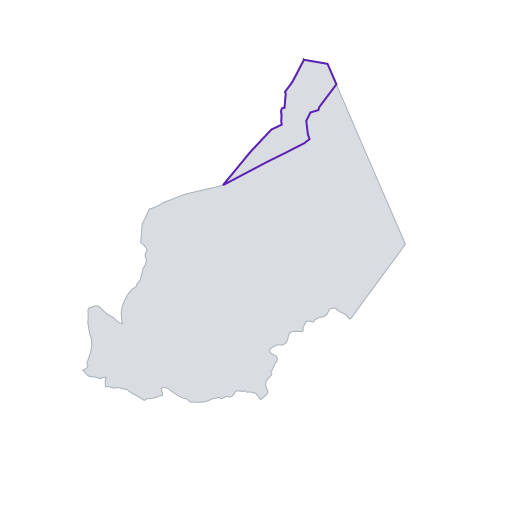 Tibesti Ouest, Tibesti, Chad (highlighted), rotated 37°
{"feature_id": "50815135B44379234996248", "entity_name": "Tibesti Ouest", "entity_type": "district", "adm_level": 2, "iso_a3": "TCD", "parent_name": "Chad", "parent_adm1": "Tibesti", "projection": "robinson", "projection_center": [15.609, 20.194], "detail": "fine", "context": "in_parent", "style": "outline", "palette": "violet", "viewbox_px": 512, "rotation_deg": 37, "n_neighbors": 0, "source": "geoboundaries", "source_scale": "gbopen_adm2", "svg_char_len": 6569}
<svg xmlns="http://www.w3.org/2000/svg" viewBox="0 0 512 512"><g transform="rotate(37 256 256)"><path d="M368.2,156.6L368.4,167.6L368.5,178.6L368.6,189.5L368.8,200.5L368.9,211.5L369.0,222.5L369.2,233.5L369.3,244.5L369.4,248.1L369.1,249.6L369.0,249.8L368.6,250.0L363.4,249.0L361.2,249.0L358.1,249.8L353.5,250.2L350.5,250.0L348.4,251.9L346.8,254.2L347.7,259.7L347.5,261.5L346.9,263.3L345.5,265.0L344.1,266.2L343.3,267.4L342.3,269.8L341.5,271.0L341.6,272.5L341.4,274.2L340.5,275.0L338.4,275.6L337.0,276.4L335.9,277.6L335.2,278.4L335.6,279.5L336.1,281.1L336.4,283.5L336.7,285.0L337.7,286.1L338.4,287.0L338.6,288.0L338.0,288.8L335.4,290.6L334.3,291.3L333.1,292.2L332.7,292.5L330.8,294.2L329.8,295.7L329.3,296.9L329.4,298.6L330.4,301.2L331.4,303.3L331.9,305.0L332.1,306.8L332.0,308.5L331.5,310.0L330.5,311.3L326.9,313.8L325.2,316.6L323.8,319.9L323.4,321.8L323.8,323.0L324.6,324.0L325.7,324.5L327.2,324.7L329.8,324.1L332.2,323.7L334.8,325.0L336.2,327.8L335.7,329.8L336.7,333.5L337.6,338.0L337.5,339.6L337.9,340.1L339.5,340.4L339.9,341.5L339.4,349.4L340.2,351.6L341.2,353.1L342.5,354.0L343.7,355.0L344.3,355.8L345.8,355.9L347.4,357.4L347.8,359.3L347.7,361.1L346.8,365.1L346.1,367.8L345.2,367.6L343.3,367.0L341.0,366.4L338.1,365.9L335.5,367.0L332.6,368.5L331.7,369.5L330.9,370.1L329.6,370.0L328.4,370.2L327.8,371.2L326.7,372.3L322.6,374.6L321.7,375.5L321.2,376.3L321.2,377.2L321.6,379.1L321.6,381.5L320.7,383.3L319.6,384.6L318.4,385.1L317.4,385.4L316.7,386.2L314.5,390.4L313.6,391.2L311.7,391.1L306.2,397.5L305.6,399.4L303.6,402.1L301.1,405.1L298.8,406.6L298.6,407.1L298.0,407.7L296.6,408.3L291.8,412.0L285.9,411.8L283.4,413.3L280.8,413.9L277.2,414.6L276.1,414.5L271.4,414.8L265.8,414.7L263.7,415.2L261.7,416.6L260.3,417.8L260.1,418.2L260.3,418.7L260.2,419.1L264.1,422.1L265.1,423.6L264.1,425.0L263.6,425.2L263.6,425.3L262.9,426.4L260.7,429.8L257.3,433.7L255.5,434.9L254.8,435.6L253.9,438.2L253.3,438.6L250.9,438.9L246.2,439.2L239.8,440.1L235.9,440.4L233.5,440.1L230.1,442.0L228.8,442.4L228.1,442.6L224.7,444.3L221.9,447.1L220.9,447.6L217.0,448.8L215.4,450.6L214.7,450.8L212.2,448.3L210.5,446.1L209.6,443.8L209.5,443.0L209.0,443.2L207.7,444.2L206.5,445.3L205.9,447.5L201.8,449.0L198.4,450.3L196.8,451.9L194.3,452.7L191.2,452.3L188.8,451.7L186.4,451.5L187.6,449.5L188.0,448.0L188.1,446.2L187.9,445.0L186.5,444.3L185.6,443.4L183.6,437.7L181.5,431.8L178.5,426.0L175.3,422.3L173.0,420.1L172.2,419.8L171.1,419.1L170.2,418.4L166.0,414.5L161.5,410.1L160.4,408.1L158.2,405.1L155.7,402.0L154.5,400.6L153.9,398.1L155.6,395.8L157.4,392.9L159.6,391.0L162.5,390.8L167.3,391.6L172.5,391.9L177.6,391.3L178.9,390.9L180.2,390.9L183.0,391.6L187.7,391.5L190.2,390.3L187.5,388.3L184.7,385.1L182.0,381.7L180.4,378.5L178.9,374.5L177.5,369.5L176.7,363.1L176.8,359.4L177.2,356.8L178.7,352.5L177.7,350.0L177.9,348.0L177.8,345.0L177.3,343.5L175.5,338.6L175.1,338.0L173.5,334.6L172.8,328.9L170.9,325.1L167.9,323.2L166.2,321.0L165.6,317.1L164.4,316.1L159.8,314.7L155.9,314.7L153.0,310.2L149.4,304.5L146.0,299.2L143.9,288.7L142.6,282.6L144.1,280.7L146.8,276.4L150.4,268.2L158.4,255.4L162.5,248.9L170.7,239.1L180.7,227.1L186.3,220.3L187.2,208.0L188.2,195.0L188.9,185.1L189.8,173.5L190.6,163.7L191.1,156.6L191.9,146.6L192.6,144.6L196.5,136.7L196.8,135.7L196.1,134.3L190.5,127.6L188.7,126.1L187.7,122.6L189.2,120.7L182.5,109.4L180.8,108.1L180.1,106.7L180.0,104.6L179.9,96.9L178.1,84.6L175.8,70.4L183.7,66.3L189.6,63.3L197.2,59.3L204.2,63.4L214.4,69.2L224.6,75.0L234.8,80.8L245.0,86.7L255.2,92.5L265.5,98.3L275.7,104.2L285.9,110.0L296.2,115.8L306.5,121.6L316.7,127.5L327.0,133.3L337.3,139.1L347.6,144.9L357.9,150.8L368.2,156.6Z" fill="#d9dde1" stroke="#a8b0b8" stroke-width="1"/><path d="M216.9,70.5L197.5,59.5L176.3,70.4L176.2,70.4L176.3,70.5L176.4,71.2L176.4,71.3L176.5,72.1L176.7,73.3L176.8,73.7L176.9,74.1L177.0,75.2L177.2,76.3L177.3,77.0L177.7,79.4L178.0,80.9L178.3,82.5L178.7,85.0L178.8,85.5L178.9,85.8L178.9,86.1L179.2,87.8L179.3,88.6L179.3,88.8L179.4,89.1L179.4,89.7L179.8,91.6L180.0,93.4L180.1,93.5L180.2,94.4L180.3,94.7L180.3,95.2L180.3,95.5L180.3,95.9L180.4,97.8L180.4,98.3L180.4,98.7L180.4,99.9L180.4,100.3L180.4,100.6L180.4,100.9L180.4,104.0L180.4,106.5L180.4,106.9L180.4,107.1L180.5,107.4L180.5,107.5L182.0,108.6L182.4,108.9L182.5,109.1L182.7,109.4L183.1,110.1L183.3,110.4L183.5,110.8L183.8,111.2L183.8,111.3L184.1,111.7L184.8,112.9L185.0,113.2L185.2,113.6L185.7,114.3L185.9,114.7L186.1,115.0L186.3,115.3L186.5,115.6L186.9,116.2L187.3,116.8L188.9,119.4L189.6,120.5L189.4,120.6L189.0,121.0L188.9,121.0L188.5,121.4L188.3,121.6L188.2,121.8L188.0,122.1L187.9,122.5L187.9,122.8L188.0,123.1L188.1,123.3L188.3,124.0L188.6,124.5L188.8,125.1L189.3,125.8L189.9,126.4L190.4,126.8L191.1,127.4L191.7,128.2L192.1,128.7L192.4,129.1L192.5,129.3L192.7,129.5L193.1,130.2L193.6,131.0L194.0,131.6L194.1,131.8L194.6,132.6L194.7,132.8L195.2,133.3L195.8,133.9L195.9,134.0L197.2,135.3L197.3,135.4L197.5,135.6L197.4,135.8L197.2,136.2L195.8,138.9L195.7,139.1L195.3,139.8L194.1,142.2L194.0,142.3L193.9,142.5L193.0,144.2L192.4,145.2L192.4,145.4L192.3,145.5L192.2,146.1L192.1,146.4L192.1,146.5L192.0,148.0L191.9,148.6L191.8,149.5L191.8,149.8L191.7,149.9L191.7,150.0L191.7,150.5L191.6,151.3L191.6,151.8L191.5,152.0L191.5,152.4L191.4,152.6L191.4,152.8L191.3,153.6L191.3,154.3L191.2,155.3L191.1,155.6L191.1,155.9L191.1,156.1L190.9,157.0L190.9,157.4L190.7,159.0L190.7,159.3L190.7,159.7L190.6,159.9L190.6,160.0L190.6,160.5L190.5,160.9L190.3,163.3L190.2,163.6L190.2,164.1L190.2,164.3L190.1,164.8L189.9,166.5L189.9,166.9L189.8,167.1L189.8,167.8L189.7,168.0L189.6,169.6L189.3,171.5L189.3,171.8L189.3,172.1L189.2,172.8L189.1,173.8L189.0,174.4L189.0,174.5L189.0,174.9L188.9,175.2L188.9,175.4L188.9,175.9L188.8,177.7L188.7,178.3L188.8,178.4L188.8,178.8L188.7,179.0L188.7,179.7L188.7,180.8L188.6,181.4L188.6,182.1L188.5,185.2L188.5,185.6L188.4,186.2L188.4,188.2L188.4,188.3L188.3,189.8L188.2,191.3L188.1,193.3L188.1,194.5L188.1,195.3L188.0,195.6L188.0,196.3L188.0,197.0L188.0,197.3L188.0,197.6L187.9,198.4L187.9,199.2L187.8,200.4L187.8,200.5L187.8,201.1L187.7,203.1L187.7,203.3L187.7,203.8L187.6,206.9L187.5,208.6L187.4,210.0L187.4,210.4L187.4,210.9L187.3,211.7L187.3,212.1L187.3,212.3L187.3,213.1L187.3,213.5L187.3,213.8L187.3,214.1L187.2,214.6L187.2,215.6L187.2,215.9L187.2,216.2L187.1,217.0L187.1,217.4L187.1,217.8L187.1,218.1L187.1,218.4L187.1,218.6L187.1,218.9L187.0,219.3L187.3,218.7L208.7,173.2L216.8,157.2L226.9,136.4L227.0,135.4L227.1,135.2L227.5,133.7L228.4,130.4L224.3,127.7L219.3,122.5L214.8,117.8L213.2,109.1L213.0,108.8L218.0,101.9L216.9,98.9L216.9,90.6L216.9,70.5Z" fill="none" stroke="#5b21b6" stroke-width="2"/></g></svg>